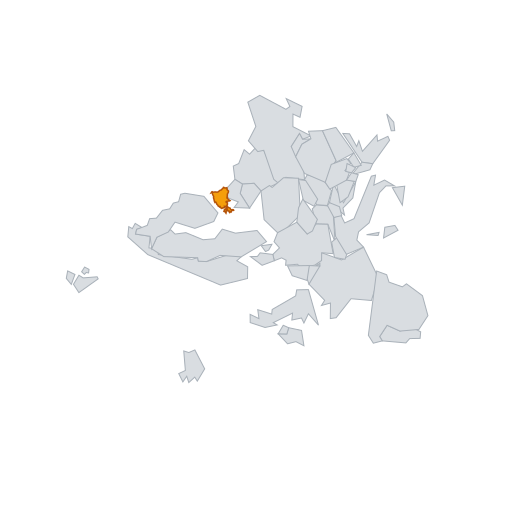 Estonia on a map of Europe (orthographic projection), rotated 245°
{"feature_id": "EST", "entity_name": "Estonia", "entity_type": "country or territory", "adm_level": 0, "iso_a3": "EST", "parent_name": "Europe", "parent_adm1": "", "projection": "orthographic", "projection_center": [24.591, 58.582], "detail": "fine", "context": "in_parent", "style": "filled", "palette": "amber", "viewbox_px": 512, "rotation_deg": 245, "n_neighbors": 37, "source": "natural_earth", "source_scale": "50m", "svg_char_len": 9696}
<svg xmlns="http://www.w3.org/2000/svg" viewBox="0 0 512 512"><g transform="rotate(245 256 256)"><path d="M297.7,80.0L307.5,78.6L313.4,87.4L309.2,90.1L304.3,103.2L302.0,103.3L297.7,80.0ZM336.6,160.3L329.8,164.8L330.6,159.1L326.8,156.1L318.6,168.4L308.6,162.4L304.0,169.9L298.6,168.1L280.1,196.5L279.1,202.4L275.7,201.6L271.9,208.7L268.6,233.0L261.5,242.1L259.8,236.6L249.7,243.9L239.2,238.8L244.6,211.6L303.0,158.5L327.5,147.9L336.4,153.1L333.1,155.5L336.6,160.3ZM322.1,79.0L315.8,84.1L308.3,76.6L315.9,74.6L322.1,79.0ZM318.4,96.0L314.4,99.0L311.4,97.1L312.8,95.2L311.9,92.7L315.4,91.3L318.4,96.0Z" fill="#d9dde1" stroke="#a8b0b8" stroke-width="1"/><path d="M208.1,292.1L231.2,316.9L216.3,331.8L218.6,357.2L184.6,357.7L166.9,341.8L177.1,324.1L166.2,302.5L167.9,296.9L181.9,303.6L183.5,294.4L186.8,299.5L208.1,292.1ZM223.0,375.3L228.6,365.2L225.4,377.5L223.0,375.3Z" fill="#d9dde1" stroke="#a8b0b8" stroke-width="1"/><path d="M261.5,242.1L271.7,223.8L271.9,208.7L275.7,201.6L279.1,202.4L294.4,172.2L306.7,164.4L314.9,174.1L315.9,189.7L310.1,191.9L306.8,202.3L293.1,214.9L289.0,226.0L294.6,236.8L285.4,247.0L278.7,267.7L264.6,271.6L261.5,242.1Z" fill="#d9dde1" stroke="#a8b0b8" stroke-width="1"/><path d="M334.4,269.3L347.1,273.4L347.1,279.4L357.4,290.2L351.0,293.2L354.1,300.8L348.5,307.7L312.8,306.9L312.8,288.0L322.7,285.0L326.9,274.1L334.4,269.3Z" fill="#d9dde1" stroke="#a8b0b8" stroke-width="1"/><path d="M377.2,349.9L385.9,349.9L372.1,361.0L363.1,354.5L369.0,349.5L357.6,344.1L341.6,356.6L342.1,347.5L348.6,347.2L340.3,334.2L319.7,337.9L304.6,332.2L314.7,316.3L312.8,306.9L318.0,304.5L348.5,307.7L349.9,301.7L363.6,297.8L373.5,310.6L398.9,313.6L400.0,327.3L376.3,345.1L377.2,349.9Z" fill="#d9dde1" stroke="#a8b0b8" stroke-width="1"/><path d="M312.8,288.0L314.2,298.0L311.3,299.6L315.3,314.0L308.5,327.4L274.6,313.6L266.8,291.6L268.0,285.4L285.5,278.7L312.8,288.0Z" fill="#d9dde1" stroke="#a8b0b8" stroke-width="1"/><path d="M276.9,332.5L270.4,343.3L262.5,344.2L235.3,333.6L254.4,334.5L259.6,324.0L274.9,326.9L276.9,332.5Z" fill="#d9dde1" stroke="#a8b0b8" stroke-width="1"/><path d="M304.6,332.2L307.9,336.6L298.1,348.7L283.3,352.1L271.6,342.1L276.9,332.5L304.6,332.2Z" fill="#d9dde1" stroke="#a8b0b8" stroke-width="1"/><path d="M329.2,333.9L340.3,334.2L348.6,347.2L342.1,347.5L339.0,355.3L337.9,344.8L329.2,333.9Z" fill="#d9dde1" stroke="#a8b0b8" stroke-width="1"/><path d="M339.0,355.3L346.9,356.3L341.5,369.2L308.5,368.9L293.5,349.9L310.3,334.9L329.2,333.9L337.9,344.8L339.0,355.3Z" fill="#d9dde1" stroke="#a8b0b8" stroke-width="1"/><path d="M326.9,274.1L322.7,285.0L312.8,288.0L302.1,270.4L319.4,268.1L326.9,274.1Z" fill="#d9dde1" stroke="#a8b0b8" stroke-width="1"/><path d="M330.0,258.8L334.4,269.3L326.9,274.1L319.4,268.1L302.1,270.4L309.2,256.7L312.5,262.8L320.6,255.0L330.0,258.8Z" fill="#d9dde1" stroke="#a8b0b8" stroke-width="1"/><path d="M268.0,285.4L269.4,307.3L254.3,311.7L259.6,324.0L254.4,334.5L225.5,326.9L231.2,316.9L224.2,313.5L222.9,305.4L226.2,291.9L231.0,290.1L235.1,278.9L239.5,281.5L243.5,278.4L244.0,270.6L250.3,271.9L253.4,280.7L261.4,278.4L268.0,285.4Z" fill="#d9dde1" stroke="#a8b0b8" stroke-width="1"/><path d="M306.9,365.6L308.5,368.9L341.5,369.2L338.8,382.7L308.1,388.3L306.9,365.6Z" fill="#d9dde1" stroke="#a8b0b8" stroke-width="1"/><path d="M329.5,434.5L319.1,437.4L311.0,434.7L312.3,431.5L329.5,434.5ZM296.2,391.7L330.4,386.5L327.2,392.4L312.7,393.5L317.0,397.9L305.9,396.7L314.6,416.8L308.7,414.7L308.7,426.1L304.4,426.0L290.3,400.8L296.2,391.7Z" fill="#d9dde1" stroke="#a8b0b8" stroke-width="1"/><path d="M296.2,391.7L290.3,400.8L286.0,395.7L289.1,376.9L296.2,391.7Z" fill="#d9dde1" stroke="#a8b0b8" stroke-width="1"/><path d="M273.3,345.1L288.4,356.7L267.3,357.8L281.3,377.9L267.7,368.3L262.7,355.1L255.7,353.5L273.3,345.1Z" fill="#d9dde1" stroke="#a8b0b8" stroke-width="1"/><path d="M236.6,330.4L239.1,339.5L221.2,340.9L215.4,335.3L221.5,326.5L236.6,330.4Z" fill="#d9dde1" stroke="#a8b0b8" stroke-width="1"/><path d="M221.6,305.4L222.3,310.8L219.9,309.6L221.6,305.4Z" fill="#d9dde1" stroke="#a8b0b8" stroke-width="1"/><path d="M224.8,300.3L219.9,309.6L208.1,292.1L220.5,293.4L224.8,300.3Z" fill="#d9dde1" stroke="#a8b0b8" stroke-width="1"/><path d="M233.7,280.4L224.8,300.3L212.3,291.9L222.8,280.5L233.7,280.4Z" fill="#d9dde1" stroke="#a8b0b8" stroke-width="1"/><path d="M125.7,334.6L130.7,334.0L137.8,345.5L127.1,354.8L125.5,367.1L117.7,373.2L112.0,369.9L116.2,360.4L113.9,355.1L125.7,334.6Z" fill="#d9dde1" stroke="#a8b0b8" stroke-width="1"/><path d="M120.6,372.6L127.1,354.8L137.8,345.5L130.7,334.0L125.7,334.6L127.4,325.5L136.6,324.3L191.4,359.0L183.8,366.5L176.1,365.5L166.2,375.6L167.2,380.6L149.7,390.1L129.3,386.6L120.6,372.6Z" fill="#d9dde1" stroke="#a8b0b8" stroke-width="1"/><path d="M177.2,255.3L169.3,265.8L154.4,261.5L161.5,256.0L163.1,247.5L176.1,243.2L172.3,251.0L177.2,255.3Z" fill="#d9dde1" stroke="#a8b0b8" stroke-width="1"/><path d="M240.2,336.4L258.0,342.9L257.8,350.2L248.5,350.3L248.4,360.6L279.6,394.3L278.8,398.5L270.4,392.7L270.5,404.6L261.1,411.1L264.6,403.4L261.2,394.6L238.2,372.5L234.6,359.2L227.8,354.1L218.6,357.2L219.3,338.7L240.2,336.4ZM240.2,410.1L260.3,408.5L256.4,420.3L240.2,410.1ZM218.4,379.2L227.6,384.9L225.0,394.8L219.3,395.6L218.4,379.2Z" fill="#d9dde1" stroke="#a8b0b8" stroke-width="1"/><path d="M250.3,271.9L244.0,270.6L245.0,257.6L257.8,250.7L255.0,257.1L257.1,261.1L250.3,271.9ZM263.1,265.1L259.9,275.4L256.0,270.0L256.0,266.5L263.1,265.1Z" fill="#d9dde1" stroke="#a8b0b8" stroke-width="1"/><path d="M177.2,255.3L172.3,251.0L176.1,243.2L181.7,251.4L177.2,255.3ZM188.8,265.0L188.3,243.5L184.6,246.0L187.4,234.0L198.1,222.6L205.6,226.0L198.0,232.2L206.6,234.9L196.7,245.7L200.7,248.1L203.1,275.1L208.1,278.6L203.4,289.3L166.9,283.4L181.5,279.1L175.0,271.1L180.6,271.0L182.8,261.4L188.8,265.0Z" fill="#d9dde1" stroke="#a8b0b8" stroke-width="1"/><path d="M200.5,150.4L196.9,154.3L196.7,160.9L175.4,161.8L167.4,149.9L172.1,149.3L169.7,141.6L176.3,142.4L172.8,136.5L182.1,136.3L182.1,143.6L200.5,150.4Z" fill="#d9dde1" stroke="#a8b0b8" stroke-width="1"/><path d="M258.0,342.9L271.6,342.1L273.3,345.1L265.4,352.5L256.4,350.7L258.0,342.9Z" fill="#d9dde1" stroke="#a8b0b8" stroke-width="1"/><path d="M330.6,159.1L329.7,170.4L334.8,175.4L332.4,181.7L336.9,190.6L335.2,197.7L338.9,203.4L337.9,208.8L343.8,213.8L342.9,218.1L332.1,234.0L311.1,239.7L305.1,232.3L306.9,212.3L320.9,196.9L314.8,186.6L314.9,174.1L306.7,164.4L318.6,168.4L326.8,156.1L330.6,159.1Z" fill="#d9dde1" stroke="#a8b0b8" stroke-width="1"/><path d="M307.3,326.9L303.4,332.9L281.4,335.9L276.6,329.6L286.3,322.4L307.3,326.9Z" fill="#d9dde1" stroke="#a8b0b8" stroke-width="1"/><path d="M269.4,307.3L281.7,314.9L287.8,322.5L263.2,327.1L254.8,317.7L254.3,311.7L269.4,307.3Z" fill="#d9dde1" stroke="#a8b0b8" stroke-width="1"/><path d="M282.1,376.6L270.7,364.4L268.8,354.7L288.0,359.6L287.9,369.9L282.1,376.6Z" fill="#d9dde1" stroke="#a8b0b8" stroke-width="1"/><path d="M304.8,380.6L308.1,388.3L293.7,389.7L295.0,382.2L304.8,380.6Z" fill="#d9dde1" stroke="#a8b0b8" stroke-width="1"/><path d="M285.5,351.1L293.5,349.9L307.2,362.9L305.9,379.5L300.0,381.0L295.8,372.7L292.3,376.1L286.5,370.1L285.5,351.1Z" fill="#d9dde1" stroke="#a8b0b8" stroke-width="1"/><path d="M291.1,377.8L286.5,383.0L281.3,377.9L286.5,370.1L291.1,377.8Z" fill="#d9dde1" stroke="#a8b0b8" stroke-width="1"/><path d="M293.9,383.7L291.1,377.8L294.7,373.1L301.3,377.6L293.9,383.7Z" fill="#d9dde1" stroke="#a8b0b8" stroke-width="1"/><path d="M330.2,258.4L329.5,258.3L328.8,258.0L328.5,257.8L328.2,257.8L327.9,258.0L326.6,258.5L326.3,258.4L325.6,258.0L325.2,257.5L324.4,256.5L324.3,256.2L324.2,256.1L323.4,255.8L323.0,255.5L322.8,255.4L322.4,255.2L321.4,254.5L321.1,254.4L321.1,254.5L321.0,254.8L320.9,254.8L320.7,254.5L320.4,254.3L319.5,254.8L319.2,254.9L317.6,255.5L317.2,255.9L317.0,255.5L317.6,253.9L317.7,252.7L317.9,252.5L318.0,252.3L317.9,251.9L317.3,251.7L317.1,251.7L316.9,252.1L316.6,252.4L316.1,252.6L315.7,252.3L314.6,251.8L314.4,251.2L314.3,250.7L313.8,250.1L313.6,249.4L313.7,248.9L314.2,248.6L314.3,248.4L313.7,248.4L313.5,248.1L313.3,247.3L313.5,246.9L313.6,246.6L313.4,246.3L313.5,246.0L313.7,245.7L313.6,245.0L314.2,244.6L314.8,244.4L316.0,244.3L315.9,243.6L316.4,243.6L317.3,242.8L318.1,242.9L319.3,242.4L321.7,242.4L322.0,242.1L321.9,241.8L321.9,241.4L322.4,241.5L323.1,241.4L325.9,242.0L326.6,242.0L327.5,242.6L328.0,242.8L329.5,242.7L331.8,242.9L332.3,242.5L332.3,242.3L332.5,242.6L332.8,243.0L332.8,243.4L332.6,243.5L332.4,243.8L332.1,243.9L331.9,244.0L331.7,244.8L331.4,245.9L330.9,246.8L330.5,247.3L330.3,247.7L330.2,248.1L330.1,248.6L330.7,251.0L330.7,251.4L330.6,251.9L330.6,252.3L330.6,252.7L331.0,253.4L331.3,254.4L331.5,255.0L331.7,255.3L331.9,255.4L332.0,255.5L331.9,255.8L331.0,256.2L330.9,256.4L330.8,256.8L330.4,257.3L330.3,257.7L330.2,258.2L330.2,258.4ZM309.8,249.6L310.1,249.8L310.4,249.8L310.6,249.6L311.3,249.8L312.6,250.8L312.8,251.1L311.9,251.2L311.7,251.5L311.3,251.8L310.9,252.2L310.3,252.6L310.2,252.8L309.2,252.7L308.6,252.9L308.2,253.3L308.0,254.2L307.6,254.9L307.3,255.1L306.9,255.1L306.9,254.9L306.9,254.6L307.7,253.7L307.8,253.4L307.5,253.2L307.2,252.9L306.5,252.4L306.4,252.1L306.6,252.1L306.9,251.7L307.0,251.4L306.5,250.5L306.8,250.4L307.1,250.4L307.5,250.7L307.9,250.4L308.0,250.4L308.3,250.5L308.5,249.9L309.2,249.7L309.5,249.6L309.8,249.6ZM311.1,248.0L310.8,248.4L310.6,248.2L310.0,248.9L309.5,249.0L309.2,248.9L309.2,248.5L309.0,247.6L308.5,247.3L307.9,247.3L307.5,246.9L309.2,246.7L309.4,246.3L309.8,245.9L310.0,245.8L310.3,246.3L311.1,246.6L311.4,247.2L311.5,247.9L311.1,248.0ZM312.9,250.3L312.5,250.3L311.7,249.7L311.9,249.4L312.1,249.2L312.8,249.5L312.9,250.1L312.9,250.3Z" fill="#f59e0b" stroke="#b45309" stroke-width="1.5"/></g></svg>